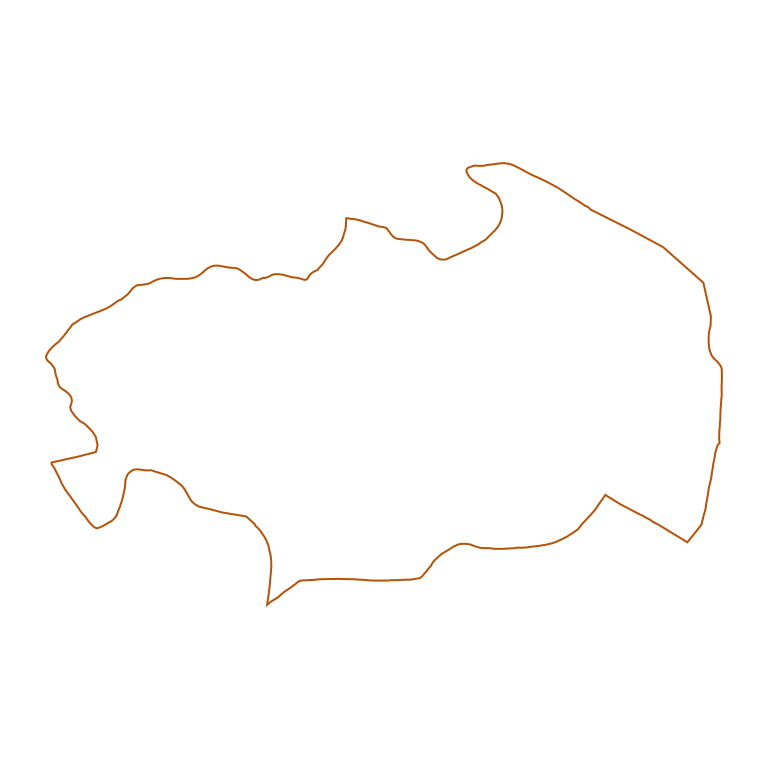 the district of Qa'tabah, Al Dali', Yemen
{"feature_id": "15242507B41801613427967", "entity_name": "Qa'tabah", "entity_type": "district", "adm_level": 2, "iso_a3": "YEM", "parent_name": "Yemen", "parent_adm1": "Al Dali'", "projection": "albers", "projection_center": [44.626, 13.929], "detail": "fine", "context": "isolated", "style": "outline", "palette": "amber", "viewbox_px": 768, "rotation_deg": 0, "n_neighbors": 0, "source": "geoboundaries", "source_scale": "gbopen_adm2", "svg_char_len": 6055}
<svg xmlns="http://www.w3.org/2000/svg" viewBox="0 0 768 768"><path d="M72.8,324.0L71.4,325.7L70.4,327.4L69.1,329.1L67.5,330.8L66.5,332.5L65.0,334.3L63.7,336.1L61.2,338.8L59.4,341.2L55.7,344.1L51.9,347.6L48.6,351.3L46.2,355.7L46.1,357.6L46.8,359.7L48.6,361.7L50.9,363.4L53.5,367.0L54.7,369.0L55.3,372.5L55.7,374.5L56.3,376.6L57.0,378.4L57.6,380.4L57.8,382.3L58.4,384.4L59.5,386.5L60.7,388.1L64.2,390.2L67.6,392.8L69.0,394.2L70.2,395.6L71.2,397.3L71.7,399.4L71.9,401.3L70.2,407.2L71.2,410.8L75.1,416.2L79.4,420.7L84.9,424.0L92.1,431.2L95.8,436.9L97.6,445.2L95.9,452.0L78.1,456.6L51.5,462.5L51.6,464.1L54.2,467.9L54.8,469.1L59.2,477.7L61.8,483.6L62.7,485.3L64.0,487.5L65.1,489.4L68.8,494.6L70.0,496.0L73.8,501.4L78.0,507.3L80.3,510.8L81.5,512.4L85.8,517.4L88.4,521.1L89.6,522.6L93.0,526.1L94.6,527.3L96.5,528.3L98.4,527.9L102.1,526.4L106.3,524.1L107.9,523.0L109.7,522.1L111.3,521.2L112.8,520.0L114.2,518.5L115.7,516.8L116.9,514.8L118.4,510.4L120.0,506.4L120.6,504.4L121.5,502.0L122.2,499.9L124.5,489.7L124.9,487.6L125.5,479.8L126.3,477.5L127.1,475.6L128.2,473.6L130.7,471.5L132.3,470.3L134.1,469.6L136.1,469.4L138.1,469.3L144.9,470.3L146.8,470.4L151.2,470.3L153.0,470.8L154.8,471.5L158.5,472.6L160.4,473.2L164.2,474.3L166.7,475.2L168.5,476.1L170.3,477.2L174.5,479.9L177.6,482.3L181.0,485.1L182.5,486.5L183.8,488.2L185.0,489.9L189.5,497.9L190.4,499.5L191.5,501.1L192.9,502.5L194.5,503.9L199.2,506.7L212.1,509.7L222.3,512.5L246.1,516.4L254.7,524.1L255.8,526.3L257.2,527.4L260.0,530.3L265.2,538.1L266.2,540.2L268.0,544.3L269.1,548.5L269.4,550.5L270.0,552.6L270.8,556.6L270.9,558.6L271.2,560.5L271.3,567.3L270.3,578.8L269.9,583.3L269.0,592.3L268.6,594.2L268.2,598.0L267.8,599.9L267.1,604.8L271.0,601.6L278.0,597.3L281.4,594.2L285.4,591.1L290.3,587.8L295.2,584.2L298.6,581.4L301.0,580.6L303.3,580.3L306.0,580.3L314.7,579.8L318.7,579.3L336.2,578.9L341.0,578.9L345.0,579.1L347.9,579.1L349.8,579.2L354.2,579.2L356.5,579.5L363.6,579.8L366.4,580.2L371.3,580.5L373.6,580.5L375.5,580.6L388.6,580.5L390.5,580.2L398.9,580.1L402.5,579.8L411.5,579.6L413.6,579.1L417.7,578.5L420.0,578.0L422.3,576.2L431.2,565.4L432.5,562.9L434.8,560.0L441.4,554.0L450.2,548.8L451.8,547.6L453.7,546.5L457.7,544.7L460.1,544.0L462.5,543.8L464.5,543.8L468.9,544.2L471.0,544.7L473.5,545.7L477.3,547.0L479.5,547.6L481.5,548.0L483.7,548.1L489.5,548.1L491.7,548.5L495.5,548.9L501.7,548.9L505.8,548.6L507.9,548.6L509.8,548.4L514.3,548.3L516.4,547.7L518.5,547.6L520.7,547.8L523.5,547.6L525.9,547.6L527.9,547.2L539.4,545.8L543.8,545.0L545.9,544.8L553.3,542.9L557.0,541.5L565.2,537.6L567.1,536.6L568.9,535.3L572.7,532.9L577.9,529.4L582.5,523.5L586.8,519.0L588.0,517.6L590.9,514.6L594.7,510.3L595.8,508.6L597.4,506.5L598.5,504.6L599.8,502.9L601.0,501.1L602.2,499.6L604.5,496.2L605.3,494.9L619.9,504.0L640.3,514.7L643.2,515.8L644.3,516.7L646.2,517.8L649.9,519.6L653.1,521.9L654.8,522.9L657.3,524.0L687.4,542.3L700.9,525.4L701.8,523.6L702.1,521.7L702.8,519.3L703.2,516.9L704.4,513.1L704.9,510.8L705.7,508.3L706.1,504.2L707.0,499.6L708.2,492.4L708.6,489.7L708.8,487.7L710.6,480.7L711.5,476.1L712.1,471.1L713.0,466.5L713.5,462.5L714.1,460.4L714.4,458.3L714.9,456.2L715.1,454.4L715.4,452.5L715.9,450.4L716.6,448.6L717.1,446.7L717.9,444.8L719.5,443.3L719.5,441.7L719.2,439.7L719.2,435.8L719.3,433.9L719.4,429.9L719.9,425.9L719.8,423.8L720.3,419.5L720.4,412.7L721.1,402.0L721.4,398.2L721.7,396.0L721.6,385.1L721.8,382.7L721.9,377.9L721.9,373.6L721.7,369.0L721.0,366.6L719.8,364.7L717.9,362.4L716.5,360.9L713.6,358.1L712.3,356.5L711.3,354.8L710.5,352.5L709.7,350.2L709.2,348.2L709.0,345.7L708.7,343.3L708.6,341.2L708.7,336.7L709.0,332.5L709.8,328.7L710.6,325.9L710.9,316.3L703.5,283.3L702.9,282.3L663.0,247.0L629.4,229.0L590.7,209.6L588.8,207.7L587.1,206.6L585.2,205.9L581.2,203.0L575.3,199.4L562.0,190.4L558.1,187.9L553.9,185.6L547.8,182.3L539.8,178.4L537.9,177.5L535.7,176.7L529.9,173.9L522.0,169.7L519.5,168.2L517.4,167.2L513.5,165.3L511.4,164.6L509.3,163.9L504.6,163.2L502.8,163.2L500.1,163.4L498.0,163.6L494.1,164.2L487.9,164.9L483.9,165.7L481.9,165.9L479.9,165.9L475.1,165.6L473.2,166.0L469.3,167.3L467.6,168.1L466.5,169.7L466.4,171.6L468.7,175.9L469.9,177.7L471.2,178.9L474.9,181.9L478.6,184.1L480.5,185.0L485.5,187.8L488.0,189.0L491.6,191.3L495.4,193.5L496.7,194.8L498.0,196.6L499.1,198.7L500.7,202.3L501.3,204.2L502.0,206.7L502.5,210.9L502.3,213.1L502.0,215.1L501.9,217.1L501.4,219.2L500.7,221.1L499.9,223.1L497.9,226.9L494.9,230.4L491.2,234.0L486.5,238.8L484.8,240.2L480.8,242.5L478.7,244.1L474.0,246.7L470.2,248.6L468.0,249.4L455.6,255.1L453.0,256.1L446.9,259.0L444.8,259.7L440.6,259.4L438.4,258.7L436.6,257.6L431.4,252.9L429.7,251.2L428.0,249.0L425.6,245.6L424.3,244.1L422.6,242.9L420.6,241.9L418.5,241.1L416.5,240.6L414.5,240.3L412.6,240.2L410.7,240.0L408.5,239.8L406.6,239.8L402.1,239.3L397.4,238.8L395.6,238.2L393.9,237.2L392.2,235.6L391.0,234.2L386.9,228.5L385.2,227.6L383.2,227.1L379.1,226.5L373.4,224.7L369.2,223.2L362.0,221.1L360.1,220.3L357.9,219.8L353.1,219.0L351.1,219.0L350.2,218.7L346.3,218.1L345.7,228.1L342.5,238.8L341.5,240.8L339.1,244.5L335.1,249.1L329.4,254.6L327.8,256.5L325.4,259.9L323.1,263.6L321.8,265.2L318.8,268.2L317.7,269.9L314.1,271.5L312.0,272.9L310.5,274.2L309.1,275.9L308.1,277.8L306.9,279.3L305.1,279.9L303.0,279.5L300.8,278.7L296.9,277.7L294.9,277.5L293.0,277.5L283.0,274.8L278.8,274.2L275.0,274.1L273.0,274.6L271.2,275.3L269.4,276.4L265.5,277.9L263.5,277.8L261.7,278.4L259.5,279.5L257.7,280.0L255.6,280.0L253.6,279.6L251.8,278.8L250.1,277.8L248.6,276.7L245.1,273.5L240.1,270.0L238.5,269.0L236.6,268.3L234.7,267.9L232.6,267.9L228.1,267.4L218.2,265.6L214.2,265.7L212.2,266.1L210.4,266.9L208.5,267.9L206.8,268.8L202.0,273.1L198.6,275.6L197.0,276.5L194.9,277.4L193.0,277.9L190.9,278.4L188.9,278.7L184.9,278.9L178.6,278.9L176.5,278.9L172.6,278.4L170.7,278.1L168.8,278.0L164.4,278.0L160.6,278.6L158.5,279.1L154.7,280.6L152.4,281.7L150.5,282.9L148.6,283.7L142.1,284.8L138.3,285.0L135.8,285.9L132.8,288.2L127.8,294.2L121.0,299.7L119.0,300.2L115.9,302.3L110.8,306.0L106.0,308.7L83.5,317.6L80.0,319.5L74.6,323.3L72.8,324.0Z" fill="none" stroke="#b45309" stroke-width="2"/></svg>